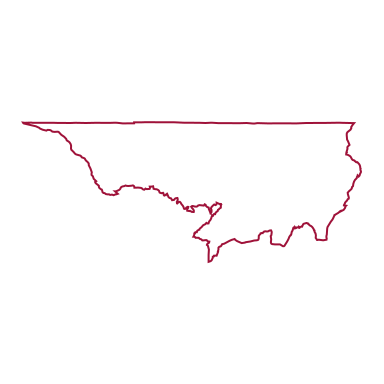 Missenyi, Kagera, United Republic of Tanzania (orthographic projection)
{"feature_id": "72390352B46245922571369", "entity_name": "Missenyi", "entity_type": "district", "adm_level": 2, "iso_a3": "TZA", "parent_name": "United Republic of Tanzania", "parent_adm1": "Kagera", "projection": "orthographic", "projection_center": [31.423, -1.204], "detail": "fine", "context": "isolated", "style": "outline", "palette": "rose", "viewbox_px": 384, "rotation_deg": 0, "n_neighbors": 0, "source": "geoboundaries", "source_scale": "gbopen_adm2", "svg_char_len": 6027}
<svg xmlns="http://www.w3.org/2000/svg" viewBox="0 0 384 384"><path d="M347.5,148.8L347.3,147.9L347.6,146.7L349.5,144.9L348.0,141.2L347.1,139.6L346.7,135.0L346.8,133.3L347.5,132.1L350.5,129.7L351.3,128.2L351.2,127.1L352.4,125.2L354.1,123.1L340.9,122.8L340.0,122.7L326.9,122.9L306.3,123.0L296.4,123.4L280.8,123.3L268.1,123.4L257.4,123.1L254.8,123.5L252.6,123.5L246.7,123.0L239.5,123.2L217.9,123.1L211.5,122.7L205.5,123.0L199.5,122.8L183.4,122.7L174.8,122.3L145.1,122.2L142.3,122.3L134.1,122.3L134.1,123.3L122.7,123.4L117.2,122.8L115.2,122.7L109.4,122.9L95.8,122.8L85.8,123.0L75.3,122.8L70.6,123.0L56.5,122.9L53.7,122.8L35.0,122.8L32.5,122.8L31.4,122.6L24.6,122.8L23.0,122.6L23.3,123.1L23.9,123.5L35.9,126.3L39.2,127.8L39.9,128.5L42.6,129.7L46.4,130.6L47.5,129.9L49.8,130.0L51.0,130.5L52.3,131.6L54.5,131.9L57.6,131.7L58.6,131.9L61.3,134.8L63.8,136.5L64.2,136.8L64.9,137.5L66.2,138.9L66.6,140.1L66.9,140.5L68.5,141.5L69.5,142.3L70.7,144.2L71.1,145.8L71.0,148.5L71.3,149.7L73.7,152.1L74.6,153.2L75.5,154.1L76.4,154.5L80.3,155.6L81.3,156.4L81.7,157.3L84.0,158.1L84.8,158.6L85.4,159.8L86.4,161.0L87.4,161.8L88.7,163.4L88.8,165.3L90.4,168.4L91.8,172.3L91.5,174.0L91.6,175.0L92.9,176.3L93.7,178.8L96.2,181.2L95.1,182.0L95.7,183.2L98.8,185.7L98.9,187.0L99.4,188.0L101.0,189.3L101.7,189.5L102.0,190.0L102.6,192.3L103.5,193.0L104.6,193.1L105.9,194.1L107.9,194.4L109.0,194.3L109.6,194.7L110.5,194.9L112.0,194.6L113.6,195.2L115.5,194.4L116.4,194.3L117.8,193.8L115.0,191.3L116.1,191.3L118.8,190.1L119.6,189.6L120.3,188.8L120.8,187.6L121.5,186.9L122.7,186.4L124.3,186.1L125.5,185.5L126.8,185.9L128.4,186.0L131.7,185.7L132.9,185.4L134.0,186.1L134.3,186.8L134.4,187.7L138.3,187.6L141.0,187.9L141.9,188.3L142.5,189.0L143.3,189.5L144.3,189.7L145.5,188.6L146.0,188.9L146.9,189.1L149.6,188.9L150.1,187.6L149.8,186.6L151.4,186.6L153.1,186.3L153.6,188.8L155.2,189.2L156.2,189.2L157.2,189.5L158.3,190.1L159.0,190.8L159.6,192.5L160.1,192.8L161.5,193.2L163.1,192.8L163.4,193.2L163.8,195.1L164.3,195.6L164.9,195.4L166.7,194.0L167.0,194.6L167.3,194.2L168.6,197.2L169.5,197.9L171.1,198.4L172.1,200.2L174.0,199.9L174.9,198.7L175.9,198.2L177.4,198.0L177.7,199.0L177.7,199.9L177.4,200.9L176.8,201.9L177.0,203.4L177.2,203.5L177.7,203.1L178.0,202.5L179.1,201.9L179.9,201.9L180.6,202.6L181.5,204.2L182.8,205.7L183.5,207.0L184.0,208.7L184.9,209.0L186.0,208.4L186.2,207.7L187.6,206.8L188.3,206.9L188.1,208.0L187.2,209.1L187.2,210.7L189.0,211.0L189.8,210.9L189.9,211.1L190.7,211.2L191.8,211.9L193.7,212.0L193.9,211.0L193.6,210.0L193.1,209.2L192.0,208.0L191.2,206.7L192.2,206.0L193.2,206.1L195.1,206.6L196.7,206.6L197.5,206.2L198.1,205.5L199.5,205.1L203.8,205.6L204.7,204.3L205.6,204.8L205.9,205.8L207.0,206.9L208.7,207.6L208.8,208.9L210.2,212.3L210.5,213.3L211.3,212.6L211.6,211.0L211.4,209.5L210.9,208.6L211.3,207.4L212.8,205.7L214.2,204.5L215.4,205.1L216.3,204.6L216.6,203.6L216.6,202.7L219.5,204.0L220.8,204.0L220.7,204.8L221.1,204.9L221.0,205.1L220.9,205.0L220.8,207.7L219.4,208.6L218.9,209.3L218.0,209.8L217.6,211.2L216.5,211.8L215.5,213.0L215.2,214.0L214.7,213.8L213.9,214.1L213.1,215.6L212.2,215.2L212.3,216.1L211.8,216.3L211.1,218.6L210.3,220.1L209.4,221.1L208.8,222.3L208.5,223.4L207.4,223.5L206.4,222.9L205.3,224.2L203.2,225.2L201.4,227.3L200.1,228.3L199.3,229.3L199.3,229.7L198.6,229.9L197.3,230.7L196.8,232.2L195.5,232.2L195.2,232.9L194.9,232.7L194.3,233.3L194.3,234.4L194.0,235.5L193.4,236.7L193.9,236.7L195.1,237.1L195.6,237.8L196.7,237.7L197.5,237.8L198.7,237.8L199.7,238.8L201.4,239.4L202.3,240.4L203.2,240.4L205.8,240.1L206.1,240.2L206.3,240.1L206.7,240.2L207.8,241.4L209.3,241.6L209.1,242.5L208.7,243.0L207.4,243.8L206.9,244.9L207.9,245.8L208.9,249.5L208.6,254.9L208.6,261.8L210.7,261.1L211.6,260.3L212.7,258.0L212.8,256.7L213.9,256.4L214.0,255.7L215.7,255.6L216.6,255.7L218.1,251.8L218.1,251.5L217.9,251.4L218.5,249.3L218.4,247.9L218.8,247.2L219.5,246.7L220.6,246.4L221.3,245.7L222.1,244.2L224.2,243.7L229.4,240.9L231.6,239.9L234.6,239.0L235.3,239.9L237.1,241.1L241.7,243.1L245.0,242.6L245.3,242.3L247.0,242.0L250.3,241.5L254.2,240.5L256.8,240.3L257.9,240.0L258.3,239.7L258.7,238.7L258.8,235.8L259.8,234.5L260.4,234.1L260.6,233.3L261.8,233.0L262.6,233.1L262.7,232.7L263.6,232.2L264.0,231.6L264.7,231.4L265.5,231.3L266.9,231.5L268.0,231.4L269.4,230.6L270.3,230.4L271.1,230.4L271.7,231.9L271.7,232.5L271.4,234.8L271.2,235.5L270.7,236.1L271.2,239.3L270.9,242.1L271.0,243.0L271.4,243.7L272.2,244.1L275.0,244.4L280.0,244.4L282.9,246.2L283.9,246.2L284.4,245.9L284.9,245.1L287.1,241.6L288.4,239.2L289.4,236.7L290.5,235.2L290.8,235.2L291.2,234.5L291.8,231.7L292.5,230.7L293.4,227.7L293.7,227.5L294.1,228.3L294.7,228.5L295.0,228.4L295.1,227.5L295.6,228.2L296.0,228.1L296.2,227.5L297.7,227.4L298.0,227.2L298.3,227.2L298.7,227.7L299.2,227.8L299.1,226.8L299.7,227.1L301.1,226.8L301.9,226.2L302.2,226.4L303.2,224.2L303.7,223.8L306.4,223.0L306.9,223.0L307.7,223.7L308.3,223.6L309.0,224.7L309.5,225.1L310.1,225.6L311.2,226.1L312.3,227.1L313.5,228.8L314.0,230.2L314.4,230.3L314.6,230.8L314.5,231.6L315.0,232.7L315.5,233.3L315.9,235.4L315.7,237.9L316.4,238.8L316.9,239.9L317.5,240.0L318.7,239.7L323.2,240.3L326.5,239.7L326.7,238.4L326.4,237.3L326.4,236.1L326.8,234.5L327.2,228.5L327.5,227.1L330.8,221.7L332.5,219.5L333.6,217.3L334.1,216.0L334.6,215.4L334.5,215.1L338.4,212.8L340.1,211.2L340.5,211.0L340.5,211.5L343.6,209.9L344.9,208.2L345.7,206.0L346.0,205.7L343.9,205.4L343.9,205.2L344.9,203.4L345.1,202.6L346.2,201.3L347.0,200.6L347.7,199.2L348.7,198.7L348.8,198.1L348.8,197.4L347.9,194.3L347.7,192.7L348.9,191.3L350.6,189.8L351.5,188.9L351.8,188.3L352.0,187.1L352.9,186.3L353.1,185.6L353.3,183.9L354.0,181.7L355.0,179.9L356.7,178.2L356.9,177.0L357.4,176.3L357.6,175.5L358.6,176.6L359.6,175.5L359.6,174.9L361.0,171.9L360.8,170.9L360.4,169.9L360.6,168.5L360.3,168.2L360.1,166.2L359.6,164.9L359.2,164.2L357.4,162.2L356.5,162.3L356.0,162.1L355.6,161.5L354.9,161.2L354.4,160.5L352.6,159.9L351.9,159.1L350.6,156.7L350.0,156.1L348.7,155.3L347.4,154.7L346.2,154.5L346.3,152.8L346.9,152.2L346.6,151.6L347.5,148.8Z" fill="none" stroke="#9f1239" stroke-width="2"/></svg>